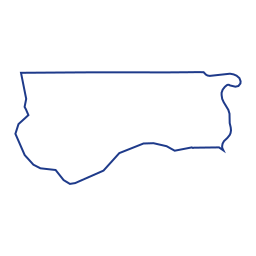 outline of Sarpy, Nebraska, United States of America
{"feature_id": "52423323B27146755519961", "entity_name": "Sarpy", "entity_type": "district", "adm_level": 2, "iso_a3": "USA", "parent_name": "United States of America", "parent_adm1": "Nebraska", "projection": "natural_earth1", "projection_center": [-95.999, 41.093], "detail": "fine", "context": "isolated", "style": "outline", "palette": "blue", "viewbox_px": 256, "rotation_deg": 0, "n_neighbors": 0, "source": "geoboundaries", "source_scale": "gbopen_adm2", "svg_char_len": 929}
<svg xmlns="http://www.w3.org/2000/svg" viewBox="0 0 256 256"><path d="M21.0,72.8L26.2,98.9L24.6,106.9L26.0,109.5L28.4,115.1L18.5,124.1L15.4,133.8L24.7,155.1L33.4,164.7L40.4,168.3L55.6,170.0L63.6,180.1L69.9,183.9L75.1,183.1L103.5,170.6L119.3,153.1L143.5,143.5L153.5,143.2L166.6,146.2L174.7,150.7L191.8,147.4L192.2,147.7L192.7,147.9L193.3,147.9L193.9,147.7L219.0,147.4L223.4,150.4L222.3,148.1L222.1,146.3L222.6,143.6L224.0,141.1L227.4,137.9L229.7,135.0L230.5,133.2L231.0,130.4L230.7,127.4L229.7,123.1L229.5,113.7L228.3,109.8L223.7,102.2L222.2,98.9L221.6,95.0L221.6,92.7L222.6,89.9L222.7,89.6L224.8,86.9L226.8,85.2L227.8,84.8L228.9,84.8L229.9,85.4L235.4,86.7L238.4,86.0L240.4,83.5L240.6,81.3L239.4,78.1L236.6,75.7L233.6,74.4L230.0,73.7L209.7,75.9L207.5,75.5L205.9,74.6L203.6,72.2L196.3,72.1L192.5,72.2L166.3,72.4L164.8,72.4L158.2,72.4L132.2,72.3L97.4,72.3L80.1,72.4L21.0,72.8Z" fill="none" stroke="#1e3a8a" stroke-width="2"/></svg>